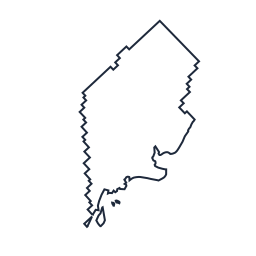 Dillingham, Alaska, United States of America, rotated 317°
{"feature_id": "52423323B44097334117837", "entity_name": "Dillingham", "entity_type": "district", "adm_level": 2, "iso_a3": "USA", "parent_name": "United States of America", "parent_adm1": "Alaska", "projection": "natural_earth1", "projection_center": [-159.172, 59.691], "detail": "fine", "context": "isolated", "style": "outline", "palette": "slate", "viewbox_px": 256, "rotation_deg": 317, "n_neighbors": 0, "source": "geoboundaries", "source_scale": "gbopen_adm2", "svg_char_len": 2660}
<svg xmlns="http://www.w3.org/2000/svg" viewBox="0 0 256 256"><g transform="rotate(317 128 128)"><path d="M224.3,71.3L196.9,71.3L182.5,71.3L182.4,67.3L169.7,67.3L169.7,71.3L164.4,71.3L163.4,71.3L163.4,75.3L157.0,75.3L157.0,71.3L127.7,71.3L118.8,71.3L118.8,75.3L116.2,75.3L116.2,79.3L109.9,79.3L109.9,83.3L103.6,83.3L103.6,91.4L101.1,91.4L101.1,95.4L94.9,95.4L94.8,103.4L88.6,103.4L88.6,107.5L86.3,107.5L86.2,115.5L80.0,115.5L80.0,123.6L71.6,123.6L71.6,131.7L65.4,131.7L65.3,139.8L63.3,139.8L63.3,143.9L57.1,143.9L57.1,147.9L51.0,147.9L50.9,156.0L49.0,156.0L49.0,160.1L42.9,160.1L42.8,167.6L42.7,167.6L43.9,167.1L48.6,165.8L50.4,168.1L53.0,164.3L57.1,161.7L63.1,158.8L68.9,156.8L71.1,160.3L68.7,162.2L70.0,162.6L71.9,164.7L74.8,164.0L74.9,166.3L77.0,166.6L78.4,165.4L80.9,166.1L80.6,167.2L83.7,170.4L87.4,169.2L87.9,168.3L87.4,166.6L89.4,166.8L90.1,163.3L90.5,163.2L90.9,163.4L91.6,163.3L92.9,162.9L93.4,162.9L94.4,163.3L94.9,163.8L95.2,164.2L95.5,164.7L95.3,165.2L94.9,165.5L93.4,167.3L95.7,167.5L96.6,167.7L97.4,167.9L98.5,168.3L100.4,169.5L102.6,171.2L103.8,172.5L108.0,177.9L110.0,180.9L113.9,186.2L114.5,187.2L115.2,187.4L118.9,188.4L120.7,188.7L121.2,188.7L123.0,188.4L124.3,187.9L127.7,184.3L127.0,183.6L125.3,181.2L123.1,177.6L121.9,174.3L122.4,173.1L123.1,173.0L123.7,172.8L124.1,172.6L124.7,171.9L125.2,171.1L125.2,170.7L125.1,170.4L124.8,169.9L124.5,169.2L124.5,168.8L125.3,166.4L126.1,166.0L126.7,166.1L127.1,166.0L130.7,164.2L133.9,160.2L135.5,160.1L134.3,166.8L132.9,167.5L132.7,168.7L132.6,169.1L132.7,169.3L133.2,169.8L133.7,170.0L134.6,170.2L136.7,170.5L137.8,170.9L138.7,171.3L139.6,171.9L140.5,172.8L140.8,173.5L141.2,174.8L141.3,175.3L141.2,175.6L141.2,175.8L141.4,176.0L142.5,176.8L143.4,177.3L144.9,177.9L145.5,178.1L146.4,178.2L148.2,178.1L149.6,177.8L152.0,177.2L158.6,175.2L160.6,174.3L163.5,173.0L164.4,172.7L169.7,171.6L170.0,171.3L170.2,170.9L170.3,170.7L172.1,170.1L174.1,169.9L176.8,168.6L179.7,167.7L180.2,167.8L180.9,167.7L181.8,167.5L182.5,167.3L182.4,156.0L179.6,156.0L179.5,147.9L185.6,147.9L185.5,143.9L197.8,143.9L197.7,139.8L201.1,139.8L201.1,135.7L207.2,135.7L207.2,131.7L219.5,131.7L219.4,127.7L225.4,127.7L224.3,71.3ZM40.8,179.3L40.8,180.9L41.1,181.2L45.2,181.0L48.2,179.7L55.4,168.7L54.9,168.6L49.6,171.7L46.9,171.9L41.8,174.0L41.0,177.2L40.8,179.3ZM31.5,172.3L31.6,172.1L37.2,169.9L41.3,168.2L30.7,168.2L30.6,172.3L31.5,172.3ZM68.8,174.4L69.0,175.0L69.9,176.1L70.3,177.1L71.0,176.7L71.3,176.1L71.1,175.3L70.7,174.2L70.1,173.2L69.4,172.8L69.1,173.3L68.8,174.4ZM64.4,174.9L64.7,175.2L66.2,174.1L66.4,173.6L66.3,172.8L65.5,171.8L64.9,172.7L64.8,173.5L64.4,174.9Z" fill="none" stroke="#1e293b" stroke-width="2"/></g></svg>